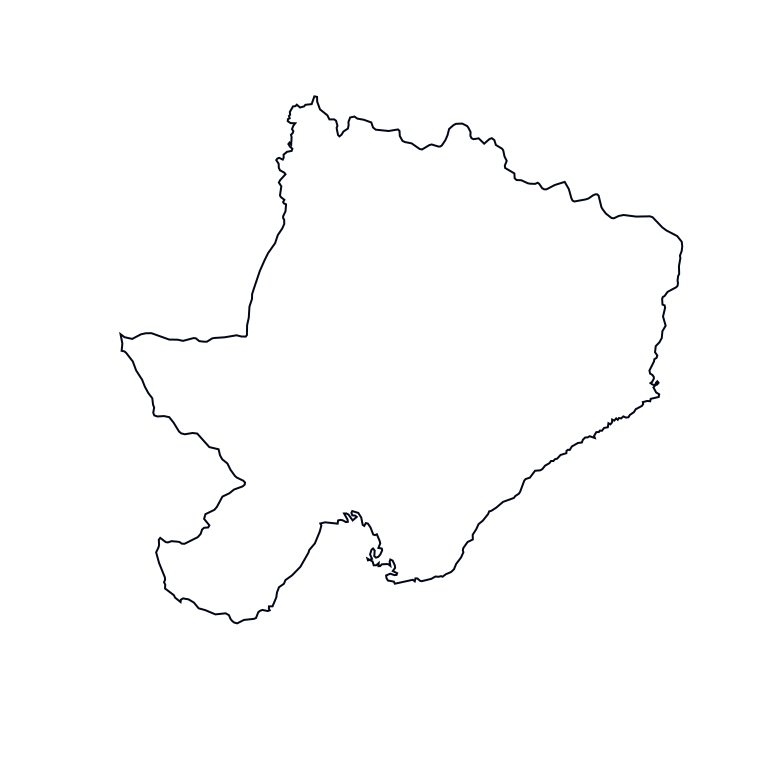 Arinos, Minas Gerais, Brazil, rotated 17°
{"feature_id": "56859067B82279681596655", "entity_name": "Arinos", "entity_type": "district", "adm_level": 2, "iso_a3": "BRA", "parent_name": "Brazil", "parent_adm1": "Minas Gerais", "projection": "albers", "projection_center": [-46.019, -15.804], "detail": "fine", "context": "isolated", "style": "outline", "palette": "ink", "viewbox_px": 768, "rotation_deg": 17, "n_neighbors": 0, "source": "geoboundaries", "source_scale": "gbopen_adm2", "svg_char_len": 6167}
<svg xmlns="http://www.w3.org/2000/svg" viewBox="0 0 768 768"><g transform="rotate(17 384 384)"><path d="M643.8,305.8L640.8,306.0L638.6,305.2L639.7,303.8L640.5,300.0L639.9,298.3L638.1,296.9L635.4,296.2L633.9,293.5L635.6,283.5L635.3,281.3L637.0,279.3L637.0,276.8L633.9,274.4L632.8,268.3L635.2,263.6L636.2,258.8L634.8,252.1L636.3,245.9L631.1,237.9L630.5,228.8L629.4,226.8L627.1,226.6L625.1,221.3L625.2,219.3L626.6,217.8L628.3,212.9L635.0,206.2L636.0,204.5L635.7,201.7L634.5,199.3L633.7,194.9L634.1,192.5L631.6,185.0L630.6,176.8L629.5,174.9L629.8,169.9L629.0,165.3L627.2,161.0L621.1,156.8L609.2,154.6L604.4,152.9L592.1,146.0L589.3,145.9L576.1,150.2L563.8,152.3L559.3,154.7L555.3,158.4L552.9,158.7L546.3,156.1L542.0,153.0L540.2,151.3L534.2,141.2L532.6,140.3L530.7,140.8L528.9,142.3L525.3,146.8L522.9,148.5L512.7,153.8L510.7,153.5L508.9,151.6L503.8,143.6L497.7,137.9L489.1,143.8L482.5,150.3L480.4,151.0L478.0,150.5L473.9,147.2L472.1,146.6L470.1,148.4L465.3,149.7L462.9,150.0L455.7,149.0L451.1,150.2L448.8,149.0L447.1,144.5L436.7,142.0L435.7,139.9L436.1,134.7L432.8,131.3L429.7,125.7L428.2,124.5L421.1,122.7L418.2,118.5L415.2,117.4L413.2,119.0L409.5,124.9L402.7,121.4L398.1,123.7L395.9,123.4L394.1,121.5L393.1,117.7L389.9,114.4L388.1,113.0L382.6,112.1L376.7,114.2L374.7,116.2L371.7,121.1L372.0,127.5L371.4,132.9L369.6,138.9L368.4,140.4L366.7,141.0L359.6,141.0L357.7,142.1L351.8,148.6L349.3,148.8L340.1,145.8L333.4,146.5L330.6,146.1L326.6,142.2L324.8,137.4L322.9,136.5L314.5,140.7L301.7,143.2L298.5,141.9L295.4,137.6L287.4,137.2L281.0,138.0L277.5,136.9L273.7,139.0L273.4,143.9L274.5,146.8L274.8,150.3L271.4,154.4L270.5,158.0L269.0,160.2L267.3,159.4L264.7,154.7L263.8,152.8L264.0,150.7L261.2,146.3L259.1,145.5L254.4,146.9L251.3,143.6L242.5,140.1L237.6,133.6L236.0,129.0L233.3,129.3L233.0,137.5L227.2,140.0L226.4,141.9L222.9,144.1L218.9,142.4L218.1,144.1L215.8,145.2L214.4,151.4L215.5,153.9L214.8,155.5L216.1,157.5L214.7,158.8L215.1,160.8L218.4,161.8L222.9,160.6L221.8,163.5L221.5,167.2L223.4,168.7L223.3,170.8L222.2,172.8L223.5,175.0L225.2,182.1L223.1,180.7L222.4,182.5L224.8,184.6L227.6,185.8L227.5,188.1L223.4,190.3L220.9,194.0L221.9,196.9L221.6,199.0L217.6,198.4L216.1,199.6L215.5,201.4L218.8,204.1L220.2,208.0L222.0,210.0L226.7,211.0L228.5,212.2L225.0,219.6L224.6,222.1L228.0,225.0L229.4,234.1L230.7,235.4L234.9,237.0L234.3,239.5L235.6,240.6L237.8,240.8L239.3,247.5L238.5,253.1L239.1,254.9L240.5,256.1L241.8,260.1L241.2,265.1L238.9,272.7L238.7,281.1L234.9,292.7L233.6,300.6L232.2,312.3L231.7,330.0L231.6,336.6L232.9,341.3L232.7,349.3L235.3,360.1L235.9,367.8L238.6,377.3L237.9,379.1L233.6,380.3L228.8,380.5L218.0,385.9L208.3,389.6L206.4,390.6L202.3,395.3L199.8,396.1L194.8,397.0L190.6,395.3L188.4,395.8L179.2,401.5L173.5,402.0L165.7,404.3L146.7,403.4L141.2,405.2L137.0,407.6L130.0,414.5L122.2,415.1L117.5,413.4L122.0,421.9L123.4,429.0L126.2,428.7L128.3,429.6L137.2,435.9L143.0,443.5L151.4,450.6L156.2,456.6L161.3,461.6L166.6,465.4L169.2,471.3L171.1,473.8L171.7,478.9L173.5,481.2L176.8,481.3L183.0,479.0L188.3,478.5L194.0,482.4L201.8,489.3L204.5,490.5L208.2,490.3L215.3,486.8L219.9,486.0L235.4,495.4L244.9,494.8L248.0,500.1L251.3,503.3L257.5,505.8L262.4,511.0L268.3,515.5L270.6,516.5L277.6,517.6L279.9,518.8L280.2,521.0L278.7,523.3L271.4,528.8L268.1,533.7L262.4,538.9L260.1,550.5L258.6,553.9L251.3,560.7L251.4,565.6L258.3,570.2L257.8,572.6L254.0,574.1L252.6,576.3L252.5,580.9L250.7,584.9L240.0,595.1L237.3,595.8L234.7,594.9L232.5,595.2L226.8,596.4L223.6,598.7L221.5,599.0L215.0,596.6L214.2,598.8L216.0,603.8L216.1,606.5L215.3,611.6L221.2,620.9L230.9,632.9L231.9,635.2L231.6,637.9L233.4,639.7L234.4,643.6L244.8,647.4L246.7,649.4L253.2,652.0L252.8,649.7L254.5,647.8L260.1,647.1L266.1,648.6L272.3,652.7L279.1,652.5L290.1,653.6L299.6,649.6L303.3,650.4L306.0,653.6L308.1,655.0L310.3,655.9L313.6,655.8L319.0,650.6L328.3,646.6L330.0,645.2L330.5,639.1L331.7,637.2L333.8,635.6L339.2,635.1L340.9,633.8L339.6,632.5L339.0,630.3L342.4,629.2L343.4,619.5L342.6,614.7L343.0,609.0L346.7,604.3L347.1,600.3L352.0,593.9L357.5,583.2L361.1,567.3L361.1,564.5L364.5,556.7L365.7,544.0L365.5,537.7L363.9,536.0L368.1,533.5L380.5,531.1L380.0,527.9L382.0,526.7L384.4,526.4L388.0,527.2L389.7,526.4L388.8,524.4L383.7,519.5L385.8,518.8L388.2,519.2L393.9,523.6L396.8,519.1L394.9,518.3L392.1,518.9L390.5,516.8L390.8,514.8L397.1,514.8L401.3,518.4L404.8,524.9L406.6,525.5L407.3,522.3L409.4,522.2L413.1,525.2L417.7,531.1L419.7,531.1L421.1,529.8L425.7,535.3L427.0,537.5L426.6,542.4L430.0,542.0L430.9,543.6L430.3,548.1L429.1,550.9L427.1,552.4L425.0,551.4L423.8,546.0L421.6,544.5L420.5,546.3L420.5,551.1L423.7,554.7L421.8,556.4L424.9,557.0L427.2,560.4L429.7,559.5L431.3,556.8L432.0,559.8L433.6,559.2L434.6,557.1L439.2,555.4L440.9,555.1L443.2,556.0L441.3,552.2L441.4,550.0L443.9,550.4L447.3,554.2L448.4,556.6L447.1,560.3L451.9,561.1L451.8,562.9L450.0,563.7L445.4,563.6L442.0,566.5L443.2,569.0L445.2,570.8L451.2,570.1L452.8,571.8L468.8,562.8L471.1,563.7L470.9,560.7L472.8,560.2L475.9,561.6L477.6,561.6L486.2,556.5L489.4,553.1L492.8,552.3L494.6,551.1L496.3,551.2L498.8,547.8L503.1,544.2L505.1,540.7L505.6,535.0L508.4,527.4L509.1,521.7L508.0,520.0L507.8,517.8L510.1,510.7L514.4,506.7L512.9,502.2L514.7,495.9L515.4,490.4L518.4,485.9L521.6,477.9L521.8,475.1L523.8,473.8L527.5,469.4L532.3,461.9L541.5,455.0L542.3,452.8L545.1,449.4L545.7,447.2L546.4,435.3L547.3,433.4L550.9,430.9L553.8,422.8L558.6,420.9L560.3,419.1L561.9,415.0L565.3,411.4L566.2,408.8L568.5,408.1L569.5,405.9L571.4,404.8L573.6,400.2L578.6,396.9L578.1,394.5L579.2,393.1L580.9,392.8L581.9,388.8L586.7,383.7L590.3,382.1L590.5,379.1L592.0,376.4L594.5,375.4L596.0,373.8L601.4,374.0L600.1,372.1L601.1,368.0L603.5,367.1L604.1,365.4L606.1,365.0L607.3,361.7L610.7,359.9L610.1,355.9L612.3,356.4L613.3,354.0L612.6,351.3L614.9,351.7L616.1,349.0L618.0,349.9L618.7,347.8L620.8,347.6L622.4,345.0L625.2,345.4L627.5,344.3L628.1,341.8L631.3,337.7L632.1,334.5L637.1,329.5L637.7,327.4L636.8,325.6L640.8,323.2L643.6,322.7L643.4,320.2L650.5,316.1L650.2,313.4L646.7,312.5L642.7,308.5L643.8,305.8ZM643.8,305.8L645.4,304.6L646.2,302.6L644.6,301.5L643.7,303.4L643.8,305.8ZM421.8,556.4L419.2,555.8L420.2,557.3L421.8,556.4Z" fill="none" stroke="#020617" stroke-width="2"/></g></svg>